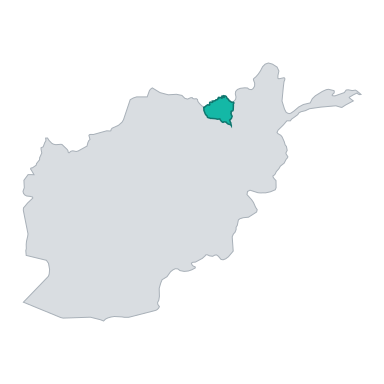 Afghanistan, with Kunduz highlighted
{"feature_id": "AFG-1763", "entity_name": "Kunduz", "entity_type": "Province", "adm_level": 1, "iso_a3": "AFG", "parent_name": "Afghanistan", "parent_adm1": "", "projection": "orthographic", "projection_center": [68.869, 36.818], "detail": "fine", "context": "in_parent", "style": "filled", "palette": "teal", "viewbox_px": 384, "rotation_deg": 0, "n_neighbors": 0, "source": "natural_earth", "source_scale": "10m", "svg_char_len": 5825}
<svg xmlns="http://www.w3.org/2000/svg" viewBox="0 0 384 384"><path d="M168.3,94.8L176.4,94.3L181.9,95.4L184.8,98.3L187.6,99.1L190.4,97.8L192.2,97.6L192.8,98.5L194.2,98.9L196.3,98.7L197.5,99.5L197.8,101.3L199.4,103.5L202.2,106.2L204.7,106.8L208.0,104.8L209.2,105.0L209.7,104.4L210.1,102.9L212.1,101.5L215.7,100.2L217.8,99.0L218.6,98.0L219.8,97.7L221.1,98.0L222.1,97.7L222.8,96.3L224.1,95.8L225.2,96.1L230.3,100.9L232.2,102.3L233.1,102.1L235.6,99.4L236.0,97.0L235.3,93.9L235.7,91.4L237.4,89.5L240.4,88.3L244.8,87.8L247.6,88.0L248.6,89.0L250.0,89.5L251.7,89.6L253.2,88.5L254.6,86.1L254.7,83.2L253.4,79.7L253.7,78.6L255.9,76.8L258.2,74.2L260.5,70.8L262.6,66.7L265.2,64.1L268.4,63.0L272.4,64.1L277.1,67.1L278.9,71.0L277.9,75.7L277.9,78.3L278.8,78.8L284.1,77.7L284.8,78.4L284.8,79.7L284.0,81.7L283.3,87.3L282.0,101.0L284.5,109.1L286.1,112.2L287.7,113.2L289.3,113.6L290.8,113.2L294.0,111.0L298.7,107.0L303.4,104.5L310.2,102.9L312.3,98.7L315.3,95.8L322.4,91.4L326.2,89.7L328.4,89.3L334.0,90.6L334.3,91.8L334.0,93.2L332.5,94.3L332.1,95.2L332.7,95.8L334.9,95.9L344.3,92.6L346.2,90.0L348.3,89.8L352.3,90.6L355.4,90.1L357.1,91.1L361.0,94.4L359.8,94.7L358.1,94.1L357.1,93.0L353.4,94.8L349.2,97.3L349.4,97.9L353.3,100.9L345.6,105.0L342.1,107.3L341.3,107.4L335.9,105.8L320.9,107.1L309.6,108.7L305.3,110.7L301.1,111.7L299.0,112.8L297.7,114.7L291.5,119.2L290.4,120.8L286.9,120.8L283.3,125.0L278.1,130.1L277.0,132.4L277.9,133.6L280.8,135.3L282.1,136.9L284.2,141.6L285.2,145.0L286.4,146.4L287.2,150.4L286.0,152.7L286.0,153.8L287.9,156.8L287.5,157.8L286.2,159.2L284.1,163.2L280.4,166.1L278.9,168.7L276.3,171.6L275.2,174.0L274.0,175.3L272.9,176.0L273.2,177.3L274.3,178.8L276.0,180.6L276.1,187.7L275.2,189.8L270.4,191.8L265.8,192.8L260.1,192.9L257.9,192.7L250.0,190.2L247.5,191.5L247.0,194.6L251.6,199.7L253.5,202.5L255.6,207.3L257.2,209.7L256.6,212.0L248.5,217.2L243.3,217.7L240.0,218.7L238.4,219.9L237.3,225.3L236.1,227.3L236.1,229.6L235.0,232.3L233.4,234.0L232.2,236.8L233.2,251.1L228.4,256.8L225.7,258.8L223.1,259.8L221.0,259.4L218.3,256.2L216.5,254.9L214.6,255.2L212.7,256.3L209.7,255.9L207.1,254.7L205.8,254.9L205.0,256.0L202.3,258.4L195.4,262.1L192.6,262.3L191.4,263.2L191.9,264.7L193.1,266.0L195.2,266.9L195.3,267.9L191.8,269.8L188.3,271.0L184.2,271.4L180.0,270.6L177.8,268.9L175.3,268.7L172.9,269.9L170.5,271.8L167.0,276.7L162.1,279.7L160.8,282.8L159.2,288.3L159.4,296.5L158.8,300.2L157.6,302.5L157.8,304.4L159.4,306.6L158.7,308.0L157.3,309.5L155.9,310.3L128.7,317.3L124.3,317.3L122.0,316.9L114.3,316.5L111.1,317.0L107.9,317.9L105.5,319.1L103.6,321.0L100.4,319.7L90.4,317.2L63.1,318.1L60.6,317.5L23.4,302.2L48.4,276.3L49.2,274.0L49.6,269.5L48.5,263.3L46.4,260.3L26.2,255.4L25.8,250.7L26.3,248.6L26.2,244.5L26.5,241.3L27.7,236.2L28.0,233.9L23.3,210.2L23.5,207.9L27.7,202.9L32.8,198.1L32.6,197.1L30.3,196.4L26.7,196.0L24.8,195.0L23.5,193.4L23.0,191.3L24.3,187.7L23.9,180.3L28.1,174.6L34.0,174.7L31.3,170.0L30.8,169.5L30.6,168.7L31.0,168.0L32.5,167.8L36.2,165.2L36.5,163.6L39.6,159.7L39.6,157.8L41.8,153.0L41.1,149.6L41.0,147.8L43.2,146.8L44.9,142.3L45.7,141.2L45.9,140.1L45.6,138.1L47.5,138.0L49.1,140.5L51.8,143.3L53.5,144.2L55.8,144.7L60.9,144.3L62.0,144.5L67.0,149.3L67.9,150.5L68.2,152.2L69.0,152.8L71.0,151.2L72.8,150.8L76.2,151.5L78.1,151.0L87.0,146.1L87.9,142.6L88.8,140.6L90.0,139.5L88.9,135.4L89.4,134.7L90.6,134.4L93.4,134.5L106.7,130.8L110.1,131.0L110.9,130.7L111.1,129.5L112.1,128.2L118.5,125.3L122.1,122.1L123.5,119.7L130.2,99.7L133.3,98.0L136.6,96.9L147.2,96.9L149.4,90.7L150.4,89.3L152.3,87.9L160.0,92.6L168.3,94.8Z" fill="#d9dde1" stroke="#a8b0b8" stroke-width="1"/><path d="M231.8,102.4L232.2,102.4L232.7,102.2L233.2,102.1L233.3,102.2L233.9,102.9L233.9,103.0L233.5,103.8L233.3,104.5L233.3,104.8L233.3,105.1L233.4,105.5L233.2,109.8L232.9,110.6L232.7,110.9L231.5,111.1L231.1,111.4L231.1,111.5L231.2,112.3L231.2,112.9L231.1,113.1L231.0,113.3L230.9,113.4L231.0,113.6L231.2,114.0L231.3,114.2L231.3,114.5L231.3,115.0L231.5,115.1L231.7,115.3L231.8,115.5L232.1,116.1L232.1,116.4L232.1,116.6L231.6,117.6L231.5,118.2L231.4,118.4L231.3,118.6L231.2,118.7L230.5,119.2L230.5,119.3L230.4,119.4L230.4,119.5L230.2,119.7L230.0,119.8L229.6,120.1L229.6,120.3L229.8,120.6L230.0,121.0L230.3,122.1L230.6,122.5L230.8,122.8L230.8,123.0L230.9,123.3L230.8,123.6L230.8,124.0L230.9,124.3L231.1,124.7L231.2,125.0L231.3,125.2L231.3,125.7L231.0,125.2L230.9,125.1L230.8,124.9L230.6,124.8L230.3,124.6L229.4,124.4L229.0,124.3L228.1,124.0L227.6,123.7L226.9,123.1L226.7,122.8L226.5,122.6L226.2,122.4L226.2,122.2L225.9,122.1L224.8,121.9L224.2,121.8L223.9,121.8L223.3,122.3L223.1,122.3L222.8,122.3L222.5,122.2L221.5,121.4L220.0,119.5L219.8,118.9L218.3,119.1L218.0,119.2L217.7,119.2L217.4,119.2L215.5,118.7L211.7,118.4L210.5,118.4L210.3,118.4L209.7,118.0L208.6,117.8L207.8,117.5L207.4,117.1L207.2,116.4L207.1,116.1L206.8,115.7L206.3,115.2L206.0,115.0L205.8,114.8L205.2,113.7L204.0,110.6L203.9,110.4L203.9,108.7L203.7,107.6L203.9,107.5L204.2,107.4L204.4,107.3L205.9,106.0L206.2,105.8L206.6,105.6L207.0,105.2L207.4,104.9L208.0,104.8L209.0,105.1L209.5,105.1L209.8,104.7L209.6,103.5L209.6,102.9L209.8,102.4L210.2,102.1L210.7,102.2L211.1,102.3L211.6,102.4L212.2,102.4L212.6,102.2L212.8,101.7L212.5,101.1L213.9,101.0L215.0,100.7L215.4,100.6L215.7,100.0L215.9,99.9L216.3,99.8L217.2,99.6L217.6,99.5L217.7,99.3L217.8,98.8L218.1,98.4L218.6,98.3L218.5,98.0L218.4,97.9L218.3,97.7L218.5,97.4L219.0,97.4L219.9,97.5L220.3,97.5L220.6,97.5L220.9,97.7L221.7,98.2L222.0,98.2L222.1,97.9L222.1,97.3L221.8,96.5L221.9,96.1L222.4,96.0L222.9,96.1L223.1,96.5L223.3,96.9L223.6,97.3L224.0,97.5L224.2,97.4L224.3,97.2L224.2,96.7L223.8,96.3L223.6,96.2L223.5,95.8L223.6,95.7L223.8,95.8L225.3,96.0L225.8,96.2L226.3,96.7L226.6,97.2L227.0,98.2L227.4,98.6L227.9,99.0L228.4,99.3L228.8,100.3L229.0,100.6L229.5,100.9L229.6,101.0L231.8,102.4Z" fill="#14b8a6" stroke="#0f766e" stroke-width="1.5"/></svg>